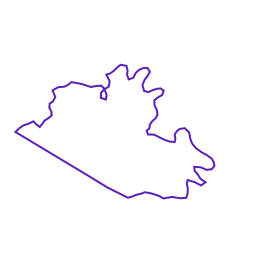 Entre Rios, Santa Catarina, Brazil (Natural Earth projection), rotated 121°
{"feature_id": "56859067B45764003386581", "entity_name": "Entre Rios", "entity_type": "district", "adm_level": 2, "iso_a3": "BRA", "parent_name": "Brazil", "parent_adm1": "Santa Catarina", "projection": "natural_earth1", "projection_center": [-52.594, -26.737], "detail": "fine", "context": "isolated", "style": "outline", "palette": "violet", "viewbox_px": 256, "rotation_deg": 121, "n_neighbors": 0, "source": "geoboundaries", "source_scale": "gbopen_adm2", "svg_char_len": 1589}
<svg xmlns="http://www.w3.org/2000/svg" viewBox="0 0 256 256"><g transform="rotate(121 128 128)"><path d="M157.8,42.1L152.8,43.4L148.5,46.0L145.7,48.8L141.9,50.0L140.0,42.6L139.6,35.8L134.6,33.6L134.2,39.6L132.0,44.1L130.2,49.1L127.1,51.2L124.2,45.3L123.4,39.1L120.2,35.0L115.9,34.4L112.9,37.2L111.1,40.6L110.6,46.3L110.9,52.1L110.3,59.4L108.3,65.0L105.0,69.2L100.3,73.3L98.9,79.1L102.0,83.1L105.2,84.4L109.4,84.7L112.9,81.8L116.1,80.8L118.3,85.7L119.2,90.1L119.7,94.8L120.2,102.1L123.2,107.5L120.7,110.6L117.3,109.5L113.8,111.0L109.6,110.7L105.6,109.4L101.6,109.5L98.0,112.2L94.9,116.9L90.8,119.7L87.0,118.4L82.1,115.7L77.6,116.6L77.3,120.5L79.7,123.6L83.1,126.5L86.7,129.0L88.0,133.2L83.8,137.7L78.1,138.6L74.7,138.1L68.7,138.1L66.4,142.4L69.2,146.2L72.6,148.5L76.7,149.7L82.1,149.3L86.0,152.4L82.8,156.3L78.9,158.0L75.5,161.3L77.6,166.9L82.1,168.6L86.2,169.6L90.5,171.4L93.4,174.0L97.5,167.7L102.5,165.8L106.8,168.2L105.4,172.5L108.0,176.4L112.0,181.0L113.3,186.6L114.2,190.5L116.1,195.7L117.8,200.1L121.4,201.4L125.4,203.8L129.0,208.9L134.6,212.0L138.9,206.3L143.9,206.0L147.5,207.7L151.1,205.9L153.4,202.1L156.8,199.8L161.4,201.7L164.7,203.4L168.1,203.5L172.6,204.2L172.1,208.5L171.0,212.5L175.2,215.2L179.8,219.1L184.3,221.1L189.4,222.4L189.4,175.9L189.4,154.9L189.4,144.7L189.4,138.5L189.6,114.7L187.8,92.1L184.3,88.9L180.9,86.4L177.9,83.2L174.5,80.6L172.4,75.5L171.0,70.0L170.2,66.0L170.2,61.5L167.1,57.8L164.2,54.6L162.9,50.9L161.1,46.6L157.8,42.1ZM106.8,168.2L110.7,163.3L115.0,161.6L116.2,166.7L111.8,169.2L106.8,168.2Z" fill="none" stroke="#5b21b6" stroke-width="2"/></g></svg>